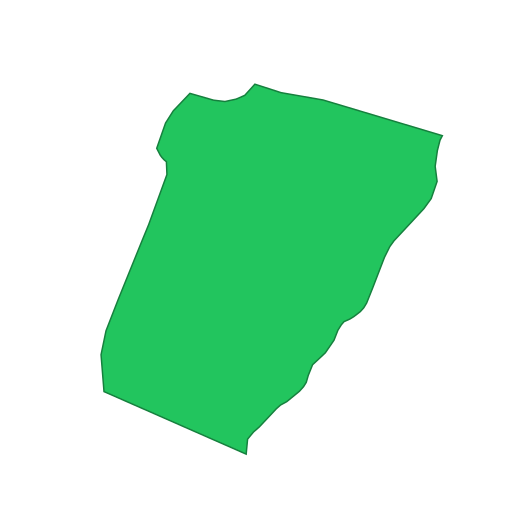 outline of Atlantique, rotated 204°
{"feature_id": "BEN-2174", "entity_name": "Atlantique", "entity_type": "Department", "adm_level": 1, "iso_a3": "BEN", "parent_name": "Benin", "parent_adm1": "", "projection": "robinson", "projection_center": [2.175, 6.604], "detail": "fine", "context": "isolated", "style": "filled", "palette": "green", "viewbox_px": 512, "rotation_deg": 204, "n_neighbors": 0, "source": "natural_earth", "source_scale": "10m", "svg_char_len": 851}
<svg xmlns="http://www.w3.org/2000/svg" viewBox="0 0 512 512"><g transform="rotate(204 256 256)"><path d="M326.9,412.5L299.6,415.4L258.2,425.8L134.7,441.7L135.0,436.6L133.2,426.1L128.8,410.8L120.9,397.8L119.3,379.7L121.9,367.5L133.2,334.5L136.1,326.1L137.6,319.0L138.1,307.0L136.4,273.9L135.8,258.0L136.5,252.5L138.1,247.6L142.0,240.4L144.6,236.6L148.9,231.8L150.1,227.8L151.0,221.5L150.5,210.8L153.3,195.7L160.1,179.7L159.7,168.2L158.7,161.0L159.4,156.0L161.3,150.1L168.7,135.4L173.0,129.8L175.3,124.7L183.5,101.1L186.7,94.2L189.2,85.3L184.4,71.0L339.7,70.3L357.4,102.8L362.6,126.7L364.2,160.5L366.3,223.3L366.8,240.9L370.5,294.2L376.2,305.7L379.1,306.5L382.1,307.8L384.4,309.1L390.5,314.0L392.7,340.7L390.6,355.0L382.5,377.7L358.1,381.1L347.2,384.5L338.0,391.2L331.6,398.2L326.9,412.5Z" fill="#22c55e" stroke="#15803d" stroke-width="1.5"/></g></svg>